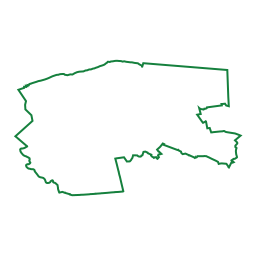 the district of Sluis, Zeeland, Netherlands
{"feature_id": "6326949B19414277691711", "entity_name": "Sluis", "entity_type": "district", "adm_level": 2, "iso_a3": "NLD", "parent_name": "Netherlands", "parent_adm1": "Zeeland", "projection": "robinson", "projection_center": [3.526, 51.325], "detail": "fine", "context": "isolated", "style": "outline", "palette": "green", "viewbox_px": 256, "rotation_deg": 0, "n_neighbors": 0, "source": "geoboundaries", "source_scale": "gbopen_adm2", "svg_char_len": 5338}
<svg xmlns="http://www.w3.org/2000/svg" viewBox="0 0 256 256"><path d="M227.3,70.0L143.3,63.2L142.0,67.4L142.0,65.7L139.4,64.4L137.9,63.3L134.5,62.9L131.8,62.3L130.2,62.3L128.0,62.0L126.3,61.8L124.2,61.3L122.6,61.6L121.1,61.1L119.2,61.0L117.0,60.8L115.0,60.9L112.9,61.3L110.8,61.5L109.8,62.0L108.8,61.8L107.7,61.8L107.2,62.5L106.6,63.0L105.7,63.5L105.1,64.1L104.2,64.7L103.0,65.2L101.5,65.7L100.0,66.1L97.9,67.1L95.7,67.8L94.4,68.4L93.0,68.6L91.0,69.4L89.1,69.5L87.2,70.3L85.4,70.5L83.5,71.4L80.4,71.6L79.2,71.7L77.0,72.2L74.7,73.2L72.5,74.5L70.2,74.4L67.5,75.2L64.7,74.7L63.9,74.0L62.7,74.0L60.7,74.1L59.6,74.3L58.2,74.8L57.1,74.8L56.2,75.0L52.4,76.3L50.9,77.0L49.2,77.8L47.3,78.6L44.8,79.5L42.7,80.1L40.6,80.7L38.4,81.1L36.5,81.8L32.0,83.2L30.6,83.8L30.3,83.7L29.2,84.2L28.8,85.2L27.5,85.0L27.5,86.0L25.9,85.7L26.1,86.9L24.1,86.8L24.1,87.9L22.2,88.5L18.4,89.8L26.0,101.1L25.1,104.8L25.4,109.4L31.4,115.2L32.5,120.9L15.4,136.3L27.1,146.3L27.5,146.2L27.9,146.1L26.6,146.7L25.4,147.5L24.3,148.0L23.9,148.2L22.5,148.5L21.7,148.5L21.4,148.5L21.1,148.6L20.7,148.8L20.4,149.1L20.3,149.3L20.3,149.6L20.2,149.7L20.3,150.3L20.4,151.1L20.6,151.4L20.6,151.6L21.3,152.8L21.5,153.0L22.9,154.7L23.9,155.5L24.2,155.6L25.2,156.1L25.9,156.3L26.3,156.4L27.4,157.1L28.0,157.3L28.4,157.5L28.9,157.8L29.0,158.0L29.4,158.4L29.5,158.4L29.6,158.7L29.7,159.0L29.7,159.4L29.6,159.9L29.4,160.2L29.3,160.6L29.4,160.8L29.5,161.1L29.5,161.6L29.7,161.8L30.1,162.2L30.2,162.4L30.3,162.5L30.2,163.0L29.7,163.6L29.2,163.9L28.9,164.1L28.4,164.2L28.0,164.3L27.5,164.2L27.1,164.4L26.8,164.5L26.6,164.6L26.2,165.0L26.1,165.3L26.1,165.7L26.2,166.0L26.3,166.4L26.4,166.7L27.1,167.5L27.5,167.8L27.9,168.2L28.3,168.4L28.7,168.6L29.1,168.7L29.5,168.7L30.0,168.8L30.4,169.0L31.6,169.2L32.2,169.2L32.8,169.2L33.1,169.2L33.6,169.4L34.2,169.8L34.4,170.1L34.6,170.3L34.7,170.8L34.7,171.2L34.8,171.4L37.4,174.7L38.4,176.1L38.9,176.6L39.6,177.0L40.5,177.3L42.1,177.6L42.8,177.8L43.4,178.0L43.8,178.4L44.5,179.0L44.9,179.6L45.1,180.0L45.4,181.0L45.6,181.4L45.7,181.8L45.8,182.1L45.9,182.3L46.1,182.5L46.6,182.8L47.0,183.0L47.5,183.0L48.0,183.0L48.6,182.9L49.1,182.8L49.7,182.5L50.1,182.2L50.4,181.8L50.6,181.3L51.3,180.8L52.0,180.4L52.3,180.3L52.5,180.3L52.8,180.6L53.0,181.0L53.1,181.5L53.1,181.9L53.1,182.0L53.3,182.2L53.6,182.5L54.0,182.6L54.8,182.8L55.0,182.9L55.3,183.1L55.9,183.5L56.5,184.2L57.2,184.7L57.3,184.8L57.5,185.0L57.7,186.0L57.8,186.9L58.0,187.8L58.0,188.2L58.0,188.3L58.0,188.8L58.5,190.5L58.7,190.8L58.8,191.0L58.8,191.4L59.0,191.6L59.1,192.0L59.1,192.3L59.2,192.5L59.3,192.6L62.4,191.9L64.6,192.7L64.8,192.7L64.8,192.8L68.3,193.8L68.6,193.9L70.1,194.2L70.2,194.3L70.1,194.6L71.8,195.1L72.5,195.2L80.2,194.9L80.4,194.8L83.5,194.7L89.3,194.3L90.4,194.1L92.9,194.0L95.7,193.8L95.7,193.7L96.1,193.7L100.5,193.4L101.9,193.2L102.0,193.2L102.6,193.2L107.6,192.8L111.7,192.4L111.8,192.4L114.7,192.2L114.8,192.1L117.2,192.0L118.8,191.9L123.0,191.5L123.3,191.3L123.2,190.8L121.4,183.2L120.2,178.0L119.9,176.7L119.8,176.4L119.5,175.3L119.4,175.1L118.5,171.1L118.4,171.1L118.5,171.1L118.4,170.8L116.7,163.9L115.3,158.6L116.8,158.3L124.0,157.3L126.9,161.5L129.7,161.4L130.0,161.2L131.0,160.1L131.8,158.7L132.4,157.9L133.1,155.3L137.2,155.4L138.0,156.1L138.8,156.5L139.5,156.6L140.3,156.6L140.5,156.6L141.0,156.4L141.3,156.0L141.4,155.6L142.4,155.3L143.5,151.9L145.3,151.6L147.6,152.6L147.7,153.1L147.8,153.2L151.3,154.7L151.0,155.4L151.0,155.5L152.3,156.8L153.6,157.4L153.7,157.7L153.9,157.9L155.0,157.2L155.8,157.3L156.2,157.2L156.4,157.5L156.5,157.9L157.2,158.7L157.3,158.7L157.5,158.8L158.9,157.2L158.0,155.7L158.5,154.5L160.5,154.2L161.4,153.9L159.6,152.2L158.9,151.5L158.5,151.5L157.1,149.6L160.1,146.9L162.8,143.5L163.9,144.0L163.3,144.7L177.2,149.9L177.4,149.9L177.5,150.0L178.4,150.2L178.5,150.1L178.6,150.3L178.9,150.6L181.0,151.6L181.3,152.9L182.6,154.1L182.8,154.1L185.5,153.6L188.3,154.9L188.8,155.0L189.0,155.4L189.1,155.5L189.7,155.4L189.8,155.5L194.6,157.6L194.8,157.8L194.9,157.7L194.9,157.8L195.1,157.8L196.7,157.3L197.0,157.0L197.4,156.2L203.5,156.2L204.2,156.0L204.7,156.1L206.1,156.1L208.4,157.2L208.7,157.3L211.7,158.8L215.8,160.7L218.0,161.9L218.7,163.9L219.6,163.7L220.6,163.5L221.7,163.4L225.6,163.7L226.4,163.8L228.1,166.2L228.4,166.8L228.5,167.2L228.6,167.3L228.9,167.5L229.1,167.1L231.6,162.1L232.5,162.7L233.7,162.2L231.6,160.3L233.6,158.9L234.0,158.9L234.8,158.8L235.0,158.7L236.7,157.6L236.9,157.4L237.0,157.2L236.9,156.7L236.2,154.3L235.9,151.6L235.9,150.8L236.1,149.4L236.5,148.2L236.5,147.9L236.3,147.7L235.6,147.3L235.5,147.2L235.4,147.1L235.4,146.7L235.3,146.3L235.4,145.8L235.4,145.6L237.2,143.6L237.3,143.4L237.3,142.9L237.2,142.6L237.1,142.4L235.0,140.3L240.6,135.6L238.7,134.8L235.2,133.5L234.7,133.4L230.2,132.7L226.0,132.0L225.3,131.7L224.8,131.4L224.4,131.1L224.0,131.0L223.2,131.1L222.7,131.3L219.7,131.5L212.9,132.2L212.6,132.3L211.2,132.4L209.7,128.0L207.3,128.3L206.0,121.5L205.7,121.3L205.5,121.5L203.0,122.8L202.1,121.7L197.2,114.7L200.7,114.0L199.2,108.1L199.3,108.2L199.6,108.3L200.1,108.8L200.4,108.9L200.6,109.0L201.0,109.1L202.6,109.3L203.2,109.5L203.6,109.5L203.8,109.4L204.0,109.3L204.2,108.9L204.3,108.7L204.5,108.7L205.0,108.8L205.4,108.7L205.7,108.7L206.7,108.2L206.9,107.4L221.8,105.4L221.5,104.0L222.4,104.0L225.0,103.7L226.2,105.5L228.8,106.2L228.3,97.2L227.3,70.0Z" fill="none" stroke="#15803d" stroke-width="2"/></svg>